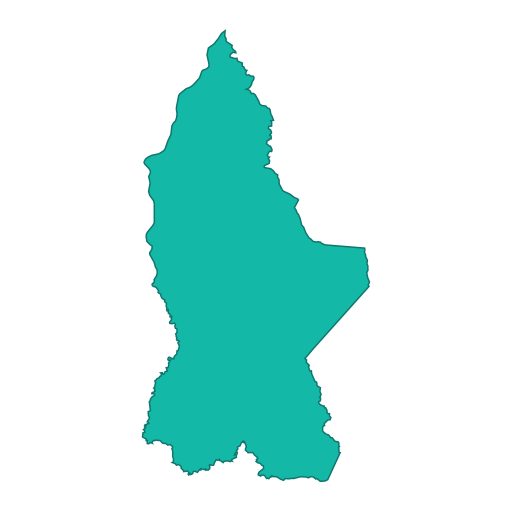 Nova Crixás, Goiás, Brazil
{"feature_id": "56859067B29339668387450", "entity_name": "Nova Crixás", "entity_type": "district", "adm_level": 2, "iso_a3": "BRA", "parent_name": "Brazil", "parent_adm1": "Goiás", "projection": "orthographic", "projection_center": [-50.603, -14.03], "detail": "fine", "context": "isolated", "style": "filled", "palette": "teal", "viewbox_px": 512, "rotation_deg": 0, "n_neighbors": 0, "source": "geoboundaries", "source_scale": "gbopen_adm2", "svg_char_len": 6073}
<svg xmlns="http://www.w3.org/2000/svg" viewBox="0 0 512 512"><path d="M154.1,279.6L154.4,281.9L152.1,284.1L152.2,285.3L153.2,286.3L156.2,287.3L158.6,290.9L158.0,292.5L160.5,294.1L161.2,296.8L162.4,298.6L164.7,299.8L164.5,301.1L165.0,302.1L166.5,303.2L166.2,306.3L166.9,308.1L166.6,309.6L167.1,310.8L168.2,309.9L168.4,313.3L170.3,314.4L170.0,316.6L171.1,316.2L172.0,316.7L171.1,317.9L171.6,319.6L169.6,322.2L169.8,323.4L172.1,323.7L174.2,323.2L175.2,323.8L175.4,324.8L174.8,326.0L175.4,328.3L176.7,328.7L177.1,330.0L176.8,332.8L175.6,334.0L176.2,335.3L176.2,336.7L176.9,337.4L176.5,339.3L177.2,340.6L178.3,340.3L179.3,341.1L177.9,342.9L179.4,346.1L178.2,350.5L177.0,350.8L176.8,354.0L174.8,355.8L173.9,357.5L173.7,358.9L170.7,358.0L169.7,357.2L168.6,357.4L168.0,358.6L167.9,359.7L168.6,360.4L170.4,360.1L168.5,363.1L168.8,365.3L167.9,367.7L166.2,367.7L167.3,371.1L165.2,371.6L163.8,374.2L162.8,374.1L162.3,372.7L160.6,372.9L161.4,373.7L161.1,375.8L159.9,376.5L158.7,378.0L157.0,378.7L156.1,380.0L154.8,380.9L155.6,382.9L155.0,384.7L155.2,386.0L153.7,388.1L154.8,389.0L154.5,390.2L155.0,391.5L152.0,392.7L151.9,393.8L153.7,393.7L154.5,394.3L154.5,395.5L152.3,396.7L150.4,399.1L150.4,400.4L149.3,401.7L150.4,410.6L148.1,411.8L148.5,415.8L149.6,418.0L147.2,421.8L148.5,422.4L148.8,423.5L147.1,423.8L146.5,425.0L145.2,424.6L144.6,425.6L145.5,426.4L144.6,427.1L145.5,427.9L143.4,429.7L144.6,430.6L144.7,432.4L143.0,432.8L142.5,437.0L146.0,438.9L146.2,440.6L147.3,440.3L147.2,443.5L148.5,443.8L150.7,442.6L152.4,443.3L151.9,442.2L153.7,440.4L154.9,440.6L156.1,440.0L157.7,440.5L159.7,440.4L160.6,440.9L162.2,442.9L163.6,443.5L165.6,443.3L167.7,445.1L170.1,444.5L172.4,446.5L172.7,447.8L171.9,448.6L172.7,451.1L172.7,456.3L173.5,459.2L173.3,461.9L172.2,462.5L175.3,463.7L176.4,465.2L178.9,464.5L181.3,466.8L181.1,468.1L183.5,470.6L183.7,471.6L187.5,471.0L188.2,471.7L188.9,472.6L188.1,474.1L188.8,475.0L190.1,473.6L190.7,474.6L192.6,473.7L193.2,471.8L194.5,471.2L197.5,472.3L199.7,469.5L200.8,470.0L200.8,468.7L204.8,469.7L205.5,469.0L205.9,470.2L206.9,469.7L208.0,470.2L209.7,468.7L209.8,466.8L209.3,465.4L209.8,464.6L210.7,465.1L213.6,465.2L214.4,462.8L216.2,459.7L217.3,460.2L218.5,460.1L219.3,459.3L219.6,460.5L220.8,460.8L223.1,462.6L223.7,461.6L226.8,460.8L230.4,461.6L231.0,460.9L232.2,461.2L231.6,460.3L231.9,459.4L236.4,457.3L236.2,455.8L237.0,454.0L234.5,454.8L235.5,452.6L237.1,452.3L236.4,450.5L237.7,449.4L237.5,446.9L240.0,445.9L241.3,442.8L242.1,442.0L243.3,442.4L243.1,441.3L244.2,441.3L245.8,445.0L246.3,447.4L245.6,448.2L245.4,450.2L247.5,451.8L248.0,452.7L252.8,452.5L254.6,455.2L256.7,456.8L257.8,458.2L256.4,459.7L257.0,460.5L256.0,461.4L257.5,462.7L260.2,463.3L261.6,465.1L263.4,466.0L263.6,468.5L259.1,472.1L258.4,473.5L258.2,474.9L260.7,476.1L261.2,475.3L263.4,475.0L264.7,475.7L266.6,478.5L267.7,478.2L268.8,478.7L271.3,476.0L271.8,476.8L272.6,476.1L273.3,476.6L276.9,476.8L280.5,479.2L283.6,480.3L285.2,478.6L289.3,478.8L291.2,478.4L293.7,478.5L300.2,476.8L305.6,476.9L308.5,477.8L310.7,476.6L313.2,476.9L315.7,479.0L317.1,478.7L320.2,481.3L324.9,481.0L327.7,479.7L340.2,452.6L338.7,451.9L339.0,449.3L338.5,447.8L339.5,446.3L338.7,445.7L338.9,443.0L338.1,441.8L335.0,441.3L332.1,437.7L330.7,437.7L328.8,435.1L325.7,433.9L322.6,431.2L322.7,426.9L323.7,425.6L324.6,425.5L324.2,423.6L327.7,420.1L330.1,419.7L330.9,417.4L329.5,416.3L329.5,413.7L328.2,413.7L326.8,412.2L327.1,410.7L325.7,407.8L324.7,407.8L324.1,406.0L323.0,406.0L320.4,404.8L318.7,403.1L318.7,401.7L320.0,401.2L320.5,400.0L320.6,398.6L319.6,397.4L320.5,396.7L320.4,395.7L321.1,394.5L319.9,391.5L320.4,387.7L317.9,386.4L316.9,385.2L316.8,382.7L316.1,381.8L315.1,381.6L314.1,379.4L311.6,373.7L311.4,370.9L310.6,371.3L309.5,370.2L308.4,366.5L309.2,365.8L308.8,364.7L306.3,362.5L306.6,360.0L304.9,358.6L313.1,348.9L369.0,286.4L368.2,285.0L369.5,282.1L367.7,277.7L366.7,272.8L367.9,270.4L367.8,265.6L366.9,264.1L367.4,260.3L365.6,256.5L365.6,254.9L364.5,252.5L364.9,249.6L364.6,248.1L325.1,244.9L321.6,243.4L320.5,242.2L318.0,241.7L316.2,242.1L312.9,241.3L310.9,239.1L308.9,237.7L305.7,232.6L303.6,227.1L301.7,225.2L300.1,218.4L298.4,214.4L297.0,212.9L296.2,210.4L294.4,207.7L298.5,200.0L297.7,198.9L294.5,197.6L289.7,194.0L283.6,191.3L282.5,190.3L279.2,183.9L279.0,179.6L277.5,177.1L277.7,174.9L275.2,173.4L273.1,170.5L270.7,168.7L264.6,167.6L264.0,166.7L264.7,165.4L269.1,163.5L269.6,160.7L268.4,158.6L269.4,157.1L268.3,157.1L267.3,155.1L269.3,151.5L270.4,151.1L271.2,151.6L272.0,150.8L271.9,149.3L270.5,146.3L269.2,145.9L266.5,143.7L267.2,140.7L268.9,140.1L269.3,139.1L271.0,139.0L271.3,137.6L270.8,135.3L269.8,135.4L270.2,134.2L271.5,132.9L271.3,131.7L270.6,130.0L268.4,128.5L268.8,126.3L271.6,126.1L271.7,122.1L270.8,120.7L273.5,120.3L272.0,116.2L270.9,114.5L270.1,109.9L269.3,108.5L267.8,108.2L265.6,106.0L262.1,105.6L260.7,104.8L259.6,103.8L258.6,100.8L255.2,94.8L253.5,93.5L251.2,93.4L250.2,91.1L248.3,89.7L246.3,89.3L249.3,87.8L250.8,85.9L251.8,83.7L251.8,82.4L253.7,79.5L254.0,77.5L253.4,76.3L250.5,76.0L249.0,74.8L246.8,75.2L246.0,74.3L245.7,72.5L246.9,70.4L245.7,70.2L244.3,68.4L243.9,67.0L242.2,66.1L242.3,63.0L238.1,61.4L237.5,60.6L237.0,58.3L234.3,58.5L232.3,57.6L230.3,57.3L229.9,55.6L230.8,54.1L233.0,52.3L235.9,52.8L235.6,51.6L232.9,49.3L231.7,47.3L232.2,45.4L226.9,41.9L226.0,40.7L226.1,38.7L224.7,36.1L225.1,30.7L221.4,33.6L218.6,38.2L214.1,43.9L208.4,48.0L207.0,54.8L209.0,64.1L208.8,67.0L206.1,69.1L202.7,70.3L201.8,71.4L199.5,78.0L193.1,85.0L190.4,87.1L186.2,88.7L179.7,93.9L178.7,95.8L176.5,107.0L176.4,109.6L177.1,113.7L176.5,118.1L175.5,120.9L173.3,123.2L171.9,126.0L170.9,134.5L167.8,141.1L165.0,149.2L163.4,151.0L158.9,153.8L151.9,155.3L147.9,157.2L145.5,159.1L144.2,161.6L144.1,162.6L144.6,163.9L148.8,168.3L150.3,170.6L150.3,173.1L148.7,176.5L150.1,182.9L148.6,191.6L149.8,195.4L153.7,200.9L154.3,203.5L154.3,222.8L152.7,225.7L147.6,231.9L146.5,234.0L146.1,236.5L146.9,241.4L150.0,244.6L152.2,246.1L151.9,249.2L149.6,252.9L149.9,254.7L154.2,262.4L155.5,267.1L157.1,269.9L157.2,273.7L156.2,276.5L154.1,279.6Z" fill="#14b8a6" stroke="#0f766e" stroke-width="1.5"/></svg>